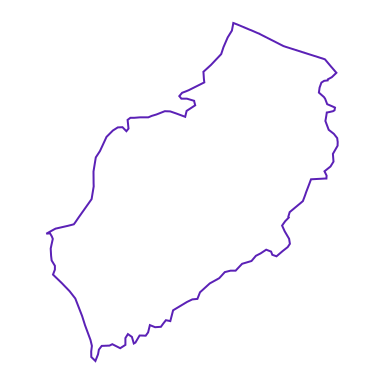 the district of Central Rivercess, River Cess, Liberia
{"feature_id": "62588387B65596489935901", "entity_name": "Central Rivercess", "entity_type": "district", "adm_level": 2, "iso_a3": "LBR", "parent_name": "Liberia", "parent_adm1": "River Cess", "projection": "orthographic", "projection_center": [-9.304, 5.8], "detail": "fine", "context": "isolated", "style": "outline", "palette": "violet", "viewbox_px": 384, "rotation_deg": 0, "n_neighbors": 0, "source": "geoboundaries", "source_scale": "gbopen_adm2", "svg_char_len": 2487}
<svg xmlns="http://www.w3.org/2000/svg" viewBox="0 0 384 384"><path d="M289.0,214.4L289.7,212.1L302.9,201.1L303.9,198.4L304.0,198.2L305.5,194.1L305.9,192.8L309.3,183.9L311.0,179.3L323.8,178.6L325.4,178.5L326.4,178.5L326.6,175.7L326.3,175.0L324.5,171.3L330.5,166.5L333.5,161.6L332.9,153.9L337.6,145.7L337.6,144.7L337.7,141.9L337.5,140.7L337.2,138.1L333.8,133.8L328.7,129.8L325.4,121.0L326.3,115.8L326.8,112.5L327.5,112.4L329.5,112.0L333.0,111.2L334.5,110.3L335.0,107.6L334.0,107.1L329.6,105.2L327.2,104.2L325.1,98.7L323.9,97.0L319.7,93.3L318.9,92.6L319.6,87.6L321.4,82.6L324.2,80.8L324.3,80.8L327.7,80.4L327.9,79.3L331.8,77.2L336.4,72.8L330.8,66.3L325.0,59.4L324.6,59.2L285.6,46.8L283.9,46.2L283.5,46.1L259.3,33.8L259.3,33.7L258.3,33.3L257.9,33.2L253.8,31.4L250.8,30.1L249.9,29.8L237.3,24.5L233.3,23.0L232.9,25.4L231.9,30.6L227.7,37.4L223.9,46.2L223.5,47.1L221.2,54.1L210.9,65.0L203.4,71.8L203.5,72.8L203.9,78.9L204.3,82.4L198.5,85.3L190.7,89.2L188.7,90.2L185.3,91.6L182.1,92.8L179.3,96.1L181.4,98.7L187.0,98.7L194.1,100.8L194.1,101.0L195.2,105.3L186.6,110.9L185.2,116.8L176.3,113.5L170.2,111.4L164.8,111.2L156.4,114.5L151.7,115.9L148.4,117.3L145.2,117.3L144.0,117.3L140.5,117.3L134.2,117.8L130.4,117.8L127.6,119.9L127.7,120.8L128.5,128.6L126.4,131.2L122.5,127.2L118.0,127.4L117.8,127.4L112.9,130.5L106.5,136.9L105.0,140.2L100.4,150.1L100.0,151.0L95.8,157.4L93.9,169.0L93.5,171.5L93.6,183.3L93.7,186.4L91.6,199.1L85.1,208.3L78.8,217.2L75.1,222.6L73.8,224.3L71.9,224.8L68.0,225.8L56.6,228.4L55.6,228.6L53.7,229.6L46.3,233.7L50.0,233.3L51.8,236.4L52.8,238.9L51.4,245.2L50.7,248.6L51.1,255.9L51.6,260.1L51.6,260.4L54.9,265.8L54.9,269.6L53.0,274.6L61.9,283.2L64.2,285.6L69.6,291.2L75.3,298.5L82.1,316.0L84.7,324.2L84.9,324.9L90.5,340.0L91.9,345.9L91.2,351.5L91.3,357.0L95.4,361.0L98.0,354.4L98.2,353.4L98.9,349.6L101.7,345.9L109.5,345.6L112.3,344.2L120.2,348.2L125.4,344.9L125.4,341.1L125.4,338.1L127.9,334.1L131.9,336.9L133.8,343.5L135.4,342.6L139.6,335.5L140.9,335.5L145.7,335.7L148.1,332.4L149.9,325.1L155.1,327.2L160.9,326.8L163.3,323.5L165.9,320.2L170.3,321.1L173.1,310.3L186.9,302.0L192.3,299.4L197.4,298.9L200.0,292.3L209.8,283.4L219.2,278.2L220.7,276.6L224.8,272.1L230.4,270.7L235.6,270.7L238.5,267.6L242.1,263.8L251.5,261.0L255.9,255.8L260.6,253.4L266.2,249.7L271.1,251.6L272.3,254.8L276.5,256.3L282.6,251.1L287.7,247.1L289.9,243.8L289.1,238.8L284.7,231.3L282.1,225.6L283.4,223.7L285.2,221.2L288.8,217.5L288.3,216.8L289.0,214.4Z" fill="none" stroke="#5b21b6" stroke-width="2"/></svg>